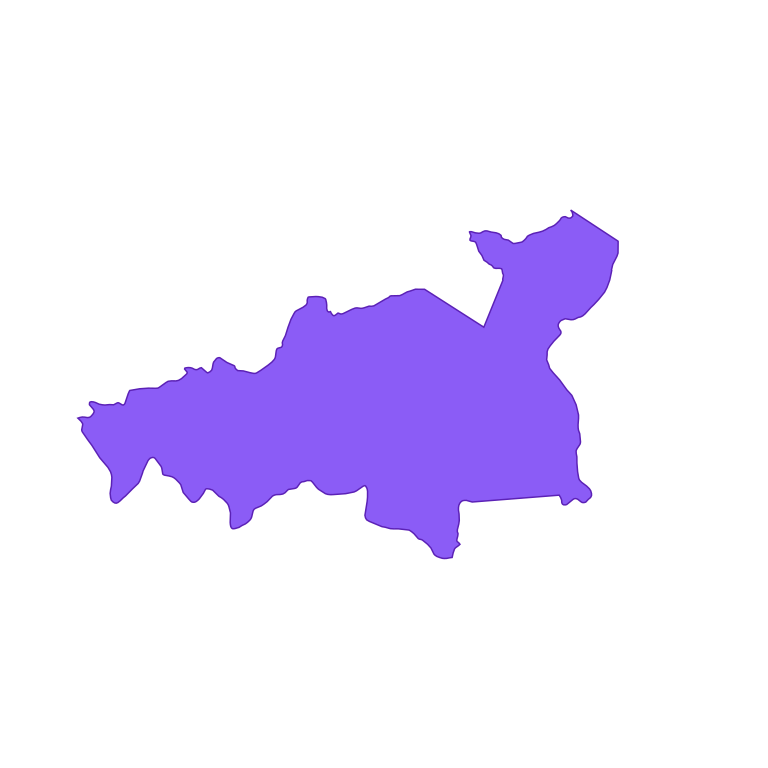 Santa Lucia, Intibucá, Honduras, rotated 34°
{"feature_id": "27666195B24919955333863", "entity_name": "Santa Lucia", "entity_type": "district", "adm_level": 2, "iso_a3": "HND", "parent_name": "Honduras", "parent_adm1": "Intibucá", "projection": "orthographic", "projection_center": [-88.432, 13.907], "detail": "fine", "context": "isolated", "style": "filled", "palette": "violet", "viewbox_px": 768, "rotation_deg": 34, "n_neighbors": 0, "source": "geoboundaries", "source_scale": "gbopen_adm2", "svg_char_len": 6170}
<svg xmlns="http://www.w3.org/2000/svg" viewBox="0 0 768 768"><g transform="rotate(34 384 384)"><path d="M441.5,135.4L444.0,136.4L445.9,138.1L446.6,139.4L446.2,141.3L445.7,142.2L444.9,142.9L443.9,143.4L440.7,143.9L439.5,144.9L438.6,146.0L438.1,147.4L438.2,149.4L438.1,150.6L437.3,154.6L436.5,157.3L435.0,159.9L433.2,162.3L431.9,165.3L430.0,168.6L427.7,171.4L423.7,175.6L421.2,179.4L420.3,181.3L420.3,184.0L419.9,186.3L419.2,188.7L418.6,189.6L414.0,194.2L412.5,195.3L406.6,195.2L402.9,196.8L401.1,197.0L399.3,196.7L398.3,195.6L397.7,195.3L395.2,195.2L392.3,196.0L387.9,198.1L384.0,199.4L382.9,200.0L381.9,200.8L380.7,202.6L379.7,204.7L378.5,205.9L375.2,207.6L371.4,208.8L370.1,209.6L369.8,210.0L370.0,210.3L373.2,212.4L373.8,213.8L374.2,215.7L374.9,216.7L376.1,216.7L378.8,215.5L380.1,215.2L380.8,215.3L382.6,216.4L388.3,220.9L393.3,222.7L397.7,225.5L401.4,225.4L404.1,225.8L406.3,225.4L408.0,225.6L409.5,226.2L410.3,226.3L411.9,225.7L415.1,223.5L417.0,222.7L418.1,223.4L420.4,225.8L422.0,226.8L422.6,227.8L423.8,230.7L424.6,231.6L435.0,281.1L364.7,282.8L357.0,287.9L353.8,292.2L351.7,294.7L348.8,300.2L347.6,302.0L340.5,307.0L339.8,308.0L339.5,309.7L337.7,312.8L331.9,324.9L330.1,326.6L328.1,327.8L324.8,332.1L323.5,333.5L322.4,334.3L319.0,336.0L317.6,337.2L315.7,339.9L310.6,348.7L309.2,350.1L306.2,350.9L305.1,354.3L304.4,355.3L303.6,355.6L302.7,355.5L300.8,354.9L299.1,353.9L298.8,354.1L298.5,354.8L298.0,355.2L297.0,355.3L296.0,355.0L294.3,353.5L292.4,350.6L290.6,348.5L288.3,346.4L287.4,346.1L284.3,346.6L280.7,348.3L278.7,349.5L273.1,353.8L272.6,354.5L272.8,355.7L273.4,357.4L274.9,359.5L275.2,360.8L275.2,362.1L274.0,365.6L270.3,372.5L269.9,374.0L270.0,376.0L270.7,382.4L272.7,390.6L275.2,399.0L276.0,405.0L276.6,406.7L277.9,408.1L278.4,409.4L278.5,410.3L278.3,411.0L276.0,413.7L275.6,415.0L276.1,416.7L278.8,422.2L279.2,423.6L279.3,425.0L278.8,428.5L277.4,433.1L274.2,441.6L272.1,446.3L271.2,447.3L269.8,448.2L266.4,449.6L260.1,451.8L255.2,454.7L252.4,454.3L251.4,453.8L250.4,452.8L249.5,452.6L241.7,454.0L233.2,454.0L232.1,454.7L231.3,455.7L230.9,456.6L230.5,461.1L231.0,462.8L232.8,466.8L233.4,468.9L232.9,471.1L232.0,472.8L231.5,473.4L230.5,473.5L223.5,472.6L222.5,473.7L221.3,476.2L220.3,477.2L218.8,477.8L216.2,478.1L214.4,478.7L212.4,479.9L210.8,481.3L210.0,482.3L210.3,483.1L214.2,484.3L214.6,484.9L214.8,485.9L213.1,492.8L211.6,495.9L209.8,497.8L206.1,500.2L203.5,502.5L202.4,504.8L199.5,512.6L198.7,514.0L197.0,515.3L191.0,519.2L184.1,524.6L176.9,531.5L176.9,532.4L177.4,535.2L180.1,545.0L180.1,546.1L179.7,547.1L178.7,547.7L175.0,547.9L174.0,548.2L173.3,549.0L171.5,552.4L167.9,554.6L164.4,557.5L162.0,558.8L159.2,560.0L155.1,560.7L153.2,561.3L151.3,562.3L150.4,563.3L150.3,563.8L150.5,564.5L151.4,565.9L156.8,567.4L158.1,568.0L158.9,568.6L159.4,569.8L159.5,572.0L159.1,575.0L158.4,576.4L156.9,577.7L154.5,578.8L152.3,580.1L150.6,581.8L149.3,583.5L153.7,584.3L156.3,585.4L157.0,586.3L159.0,591.0L159.7,591.8L160.9,592.5L169.3,595.8L176.1,598.2L189.6,604.1L201.8,607.5L206.4,609.7L208.8,611.6L210.6,613.6L215.1,621.1L216.4,624.4L218.1,627.8L220.9,631.1L222.9,632.8L225.3,633.3L227.3,633.2L228.7,632.5L229.7,631.1L230.6,628.3L231.5,624.0L232.3,621.4L234.1,611.7L235.8,603.9L235.7,601.2L233.6,592.9L232.9,590.8L231.2,579.5L231.3,578.0L231.7,576.2L232.4,575.2L233.3,574.2L234.6,573.6L235.9,573.7L245.4,577.0L246.9,578.1L250.7,582.1L251.3,582.5L252.8,582.4L257.1,580.5L260.3,579.4L262.6,579.2L264.8,579.4L269.6,580.4L271.8,581.1L278.2,586.2L286.7,588.6L289.3,589.2L290.6,589.3L291.9,588.8L293.2,587.8L294.1,586.3L294.7,584.4L295.1,582.5L295.4,575.7L294.9,571.1L295.5,570.0L298.0,568.7L301.3,567.8L309.9,569.4L312.8,569.2L315.6,569.4L320.6,570.5L322.3,571.2L324.0,572.4L328.8,576.7L333.9,584.8L335.2,586.4L336.6,587.8L337.8,588.5L338.8,588.7L339.7,588.5L341.2,587.3L344.0,583.9L345.4,580.7L347.3,577.5L348.2,575.0L348.9,572.0L349.0,570.1L348.7,568.4L346.5,562.5L346.3,560.7L346.9,559.0L350.4,553.7L351.6,550.8L352.9,546.9L354.2,539.3L355.2,537.5L356.5,536.0L359.9,533.5L361.7,531.7L362.8,529.4L363.4,526.0L363.8,524.8L368.3,520.6L369.2,519.5L369.7,518.1L369.8,513.0L370.5,511.2L372.3,509.6L374.3,507.0L376.3,505.7L377.6,505.0L379.7,505.4L385.9,507.4L388.5,507.9L396.7,507.7L399.0,507.0L401.3,505.8L403.3,504.4L413.6,496.3L419.6,490.2L420.9,488.0L423.9,480.3L425.0,478.9L425.9,478.9L428.0,479.9L429.1,480.8L430.4,482.2L433.6,487.0L435.7,490.8L441.6,503.5L443.5,505.3L445.6,506.3L448.7,506.1L462.1,503.4L465.0,502.1L470.1,500.4L473.0,498.7L476.8,496.1L486.0,491.3L487.0,491.0L489.3,491.0L492.5,491.3L498.8,493.0L499.9,492.9L501.9,492.1L503.2,491.9L509.8,492.5L514.6,493.7L520.6,497.1L522.0,497.4L524.2,497.4L527.2,496.7L529.8,495.9L531.5,495.0L533.4,493.6L535.6,491.4L537.5,489.7L535.8,485.4L534.7,481.2L534.9,479.7L536.2,476.2L536.6,474.4L534.6,473.8L532.8,473.7L531.9,473.1L531.2,471.8L530.2,468.9L529.2,466.9L528.8,466.4L527.5,465.6L526.3,463.8L524.3,458.3L522.7,455.0L518.9,449.8L516.3,447.0L514.9,444.9L513.9,442.8L513.5,440.5L513.7,438.5L514.4,436.8L515.8,435.5L517.4,434.4L523.1,432.5L591.4,378.2L593.8,379.3L595.7,380.6L596.5,381.3L597.5,382.7L598.5,383.5L599.4,383.8L600.5,383.7L602.1,382.7L602.9,381.7L605.2,374.1L605.7,373.0L606.5,372.1L607.7,371.5L609.1,371.2L613.0,371.5L614.6,371.4L616.1,370.5L617.3,369.1L617.9,365.3L618.6,363.1L618.7,362.2L618.4,360.4L617.3,358.8L615.2,357.0L612.9,356.0L609.0,355.3L602.8,355.0L599.8,354.3L598.2,353.3L593.6,348.5L588.1,341.6L584.6,336.5L582.3,334.2L580.7,332.1L580.4,331.1L580.2,329.3L580.2,324.5L579.8,323.1L579.2,322.0L574.1,315.8L571.0,313.5L569.4,311.7L567.7,309.3L564.5,303.7L562.6,300.9L554.9,293.8L546.1,288.4L538.8,286.6L527.3,282.4L518.0,280.1L512.6,278.4L509.8,276.0L505.3,273.0L503.0,268.7L501.2,266.0L500.4,263.3L500.4,259.4L500.9,253.6L502.4,245.1L502.4,243.4L501.9,242.3L501.1,241.4L497.8,240.0L496.1,238.7L495.3,237.5L494.9,236.2L494.9,233.9L495.3,232.3L497.7,228.6L502.8,226.3L504.7,225.0L506.1,223.2L507.7,220.3L509.5,218.4L510.6,216.4L511.5,213.3L512.7,204.9L513.6,200.8L514.7,193.8L515.5,184.6L514.9,179.4L513.0,171.6L510.3,164.9L509.3,162.5L508.8,162.2L506.8,157.0L505.7,147.9L504.8,144.6L498.4,134.9L498.1,134.7L441.5,135.4Z" fill="#8b5cf6" stroke="#5b21b6" stroke-width="1.5"/></g></svg>